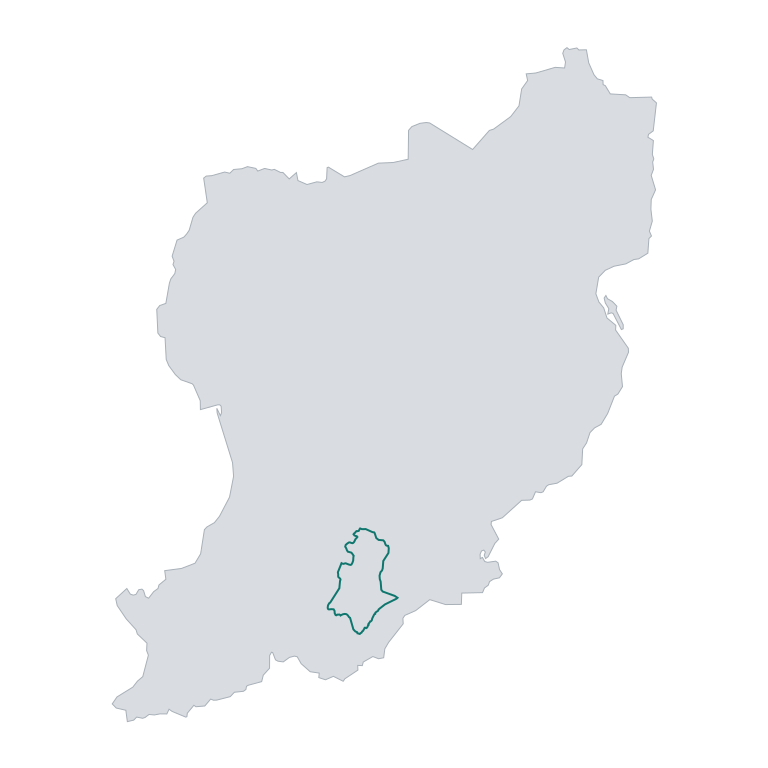 where Lorestan sits in Iran, rotated 269°
{"feature_id": "IRN-3220", "entity_name": "Lorestan", "entity_type": "Province", "adm_level": 1, "iso_a3": "IRN", "parent_name": "Iran", "parent_adm1": "", "projection": "albers", "projection_center": [48.245, 33.479], "detail": "fine", "context": "in_parent", "style": "outline", "palette": "teal", "viewbox_px": 768, "rotation_deg": 269, "n_neighbors": 0, "source": "natural_earth", "source_scale": "10m", "svg_char_len": 5754}
<svg xmlns="http://www.w3.org/2000/svg" viewBox="0 0 768 768"><g transform="rotate(269 384 384)"><path d="M361.6,200.0L370.5,200.0L386.2,193.5L387.6,192.2L391.8,180.9L397.0,175.6L406.2,169.1L412.3,166.7L434.1,165.9L435.4,161.4L438.9,158.8L462.6,158.1L466.4,161.2L468.4,167.3L488.6,171.2L492.8,172.7L498.1,176.8L502.2,177.7L507.1,175.1L510.4,176.2L515.5,174.4L531.5,179.6L534.3,186.4L537.4,189.3L541.1,191.9L554.0,195.9L558.0,198.6L568.3,210.5L593.0,207.3L595.0,209.9L595.3,215.4L598.7,228.4L597.4,233.5L601.1,237.4L601.7,245.7L603.7,251.3L601.8,259.6L599.1,261.5L601.6,268.4L599.9,275.5L600.5,278.1L597.3,284.3L597.3,286.6L590.7,292.8L596.9,300.1L588.9,301.5L584.8,310.5L587.3,320.4L586.6,325.7L587.8,328.5L590.1,330.2L601.3,330.9L601.8,332.2L591.8,348.1L593.0,353.7L604.9,382.2L605.3,397.1L608.3,412.1L637.2,413.0L640.9,416.4L644.0,424.5L644.7,430.8L644.2,434.2L616.9,476.7L635.7,493.8L636.9,498.0L649.2,515.4L659.7,523.8L676.6,526.8L684.9,532.9L691.6,531.6L692.3,541.2L697.6,560.7L696.8,570.1L702.8,571.1L711.5,568.5L714.9,569.8L717.1,572.8L715.2,575.0L716.6,582.7L714.6,584.7L714.6,592.2L701.5,594.3L689.6,599.3L685.4,602.6L683.6,608.2L679.5,608.3L678.4,610.5L670.1,615.3L668.9,630.7L666.0,634.7L666.2,656.6L664.2,657.1L660.3,661.3L632.4,657.6L629.0,652.8L626.1,652.2L622.7,657.6L608.9,656.3L604.3,657.7L601.3,656.5L594.0,657.2L587.9,654.8L573.4,658.9L563.8,654.4L554.1,653.9L542.2,655.1L532.2,652.0L527.3,654.0L524.8,651.4L510.2,650.1L504.7,640.8L504.1,636.0L499.9,627.9L497.7,615.9L493.8,607.2L487.1,600.5L470.5,597.4L462.2,600.3L456.3,605.0L446.1,608.1L438.6,616.8L433.9,616.5L415.5,628.9L411.4,629.0L396.7,622.4L390.2,621.4L377.2,622.4L369.9,617.7L367.8,614.2L350.6,607.1L339.9,600.4L336.5,593.8L331.8,589.1L321.6,585.5L315.7,581.5L300.0,580.4L288.7,570.2L288.5,566.7L281.8,555.3L280.4,546.8L278.9,544.6L273.4,541.2L272.6,539.0L273.6,533.6L266.5,530.4L265.4,527.8L265.3,519.6L248.2,500.0L244.7,489.0L241.6,488.6L226.9,496.0L222.6,492.0L209.5,485.1L207.7,482.5L211.0,481.2L214.2,482.4L216.2,480.9L215.3,478.5L212.1,477.1L207.7,477.2L208.9,479.4L204.8,481.6L203.9,484.4L204.9,492.6L203.3,494.9L196.4,496.3L192.1,499.0L188.2,496.0L187.0,490.0L184.6,486.1L181.0,484.7L178.3,480.9L173.7,478.9L173.6,458.1L162.3,457.5L162.4,441.7L167.6,426.0L156.9,411.7L152.3,400.8L149.4,398.8L143.9,399.0L125.6,384.1L119.2,380.2L110.3,378.9L109.4,373.8L111.7,368.1L107.6,360.6L106.4,358.4L102.8,357.4L103.1,352.8L98.4,352.9L90.0,339.8L87.5,338.0L92.6,328.3L89.3,320.3L91.6,313.7L96.1,314.2L97.6,305.2L105.8,296.3L112.8,292.5L113.5,289.7L112.3,284.7L107.9,278.4L108.7,273.2L110.1,270.7L117.5,268.0L117.8,266.8L114.5,264.9L101.8,264.6L95.0,258.2L88.6,256.5L85.1,242.8L84.1,241.2L81.0,240.6L79.2,238.1L78.4,229.0L74.1,224.8L70.9,211.4L70.8,208.1L72.0,205.2L65.2,199.2L64.6,190.3L66.1,188.3L58.3,181.6L54.8,181.1L54.4,180.0L60.3,166.5L62.6,163.4L57.9,161.1L58.1,154.3L57.1,148.6L57.7,143.3L54.7,139.2L54.0,136.8L55.3,130.9L52.3,127.9L50.9,121.5L62.3,120.2L64.7,110.6L68.9,106.7L75.8,111.6L85.3,127.6L91.2,132.3L95.6,137.7L117.0,143.7L121.6,142.0L129.0,142.5L138.4,133.0L142.6,131.8L153.6,122.2L167.1,113.4L174.0,112.0L184.0,123.3L178.3,126.7L177.3,129.6L177.9,132.3L182.6,135.2L183.1,138.4L181.6,140.0L175.6,141.7L173.9,144.9L180.4,150.1L183.5,154.5L187.0,155.5L192.6,162.5L201.2,161.5L203.1,178.2L208.1,191.9L217.4,197.7L241.5,201.9L244.2,204.5L248.3,212.0L254.6,217.2L273.6,227.6L294.3,232.0L308.0,231.2L357.9,216.7L362.6,216.4L355.2,219.9L358.1,221.1L364.6,220.8L366.0,219.5L366.1,217.4L361.6,200.0ZM465.4,608.9L462.4,613.9L457.7,618.2L453.8,617.3L439.1,624.2L435.0,624.1L434.3,622.3L450.5,614.3L451.2,612.5L450.0,609.0L455.4,610.1L461.2,606.7L466.1,605.6L468.6,607.4L465.4,608.9Z" fill="#d9dde1" stroke="#a8b0b8" stroke-width="1"/><path d="M240.0,357.6L239.3,359.2L239.2,361.4L239.3,363.1L236.1,369.9L235.9,370.9L235.8,371.6L235.0,372.1L230.1,373.6L228.2,375.9L227.7,380.6L226.2,381.8L223.5,382.7L222.7,383.2L222.3,384.0L222.1,385.0L222.1,385.3L219.7,385.9L215.0,385.5L207.1,380.2L199.7,379.5L197.6,378.8L195.9,377.2L192.4,376.2L188.9,376.4L186.5,377.2L178.3,377.7L176.5,379.1L171.9,391.1L170.0,393.8L169.6,393.4L169.0,392.5L163.6,381.1L159.7,375.9L158.6,374.6L158.1,374.4L157.5,374.2L157.1,373.7L156.4,372.5L155.6,371.5L155.3,371.3L154.8,371.3L154.3,371.2L154.2,370.7L153.8,370.2L149.7,368.1L148.3,367.8L147.5,367.3L146.9,366.6L146.9,366.1L146.3,365.8L144.7,364.5L144.5,364.4L144.3,364.2L144.1,364.1L143.8,364.2L143.7,364.4L143.2,364.3L143.1,364.1L143.1,363.9L141.8,363.4L141.2,363.1L140.8,362.8L140.3,362.2L140.2,361.9L140.6,361.2L140.7,360.8L140.6,360.4L140.2,360.3L138.4,359.2L137.7,358.9L136.9,357.8L135.8,357.2L135.1,355.9L134.6,355.6L134.5,355.3L135.1,353.7L135.2,353.1L135.8,352.9L136.3,352.8L137.1,351.0L139.2,349.1L150.8,346.0L151.5,345.0L153.3,343.8L154.1,343.0L154.6,342.1L154.8,340.8L154.5,338.9L153.7,337.1L153.3,336.5L153.9,336.1L154.3,335.3L154.2,335.0L154.2,334.6L154.3,333.8L154.2,333.4L154.1,333.0L153.8,332.8L153.6,332.5L153.6,332.1L153.8,331.6L155.7,330.7L158.0,330.6L159.6,329.7L159.8,327.5L159.6,325.3L159.7,324.5L160.3,324.0L161.3,323.8L163.5,324.1L164.3,324.5L165.8,325.4L166.4,326.4L180.6,335.8L187.9,336.6L189.1,337.1L190.1,336.8L191.8,335.0L192.7,334.8L194.4,334.9L196.6,334.6L205.6,338.4L205.1,339.3L204.9,340.6L205.3,341.7L205.4,342.6L204.1,345.7L203.9,346.5L203.7,347.5L204.1,348.3L205.8,349.3L208.0,350.1L211.8,350.4L212.7,350.7L215.3,349.0L216.0,348.3L217.0,344.9L218.5,344.0L220.3,343.4L222.0,342.4L223.8,342.9L225.3,344.7L226.2,346.2L226.2,347.3L225.7,348.4L225.4,349.6L225.7,350.5L226.8,351.5L229.3,352.7L230.5,353.9L231.5,354.7L232.3,354.1L232.5,353.1L233.1,351.8L234.3,350.9L235.0,351.4L235.6,352.3L236.6,353.1L237.4,353.9L237.3,355.0L237.6,356.2L239.7,357.3L240.0,357.6Z" fill="none" stroke="#0f766e" stroke-width="2"/></g></svg>